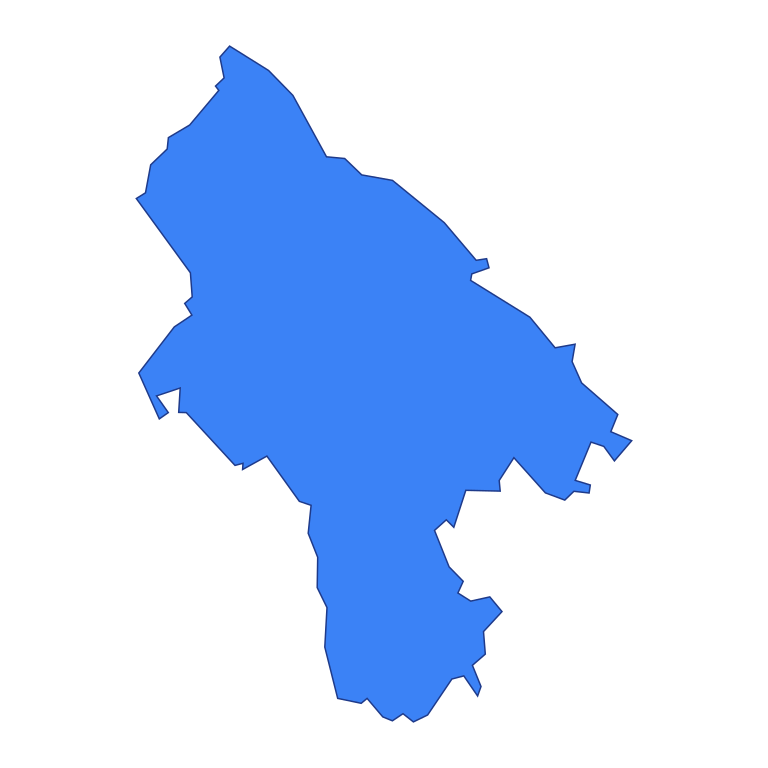 Lozovo, Lozovo, North Macedonia (Albers equal-area conic projection)
{"feature_id": "65306769B81455536397038", "entity_name": "Lozovo", "entity_type": "district", "adm_level": 2, "iso_a3": "MKD", "parent_name": "North Macedonia", "parent_adm1": "Lozovo", "projection": "albers", "projection_center": [21.925, 41.756], "detail": "fine", "context": "isolated", "style": "filled", "palette": "blue", "viewbox_px": 768, "rotation_deg": 0, "n_neighbors": 0, "source": "geoboundaries", "source_scale": "gbopen_adm2", "svg_char_len": 1229}
<svg xmlns="http://www.w3.org/2000/svg" viewBox="0 0 768 768"><path d="M242.6,469.5L266.9,456.1L299.4,501.4L311.1,505.3L308.2,533.3L317.7,557.3L317.2,587.6L327.0,607.6L324.8,647.1L337.7,698.4L361.2,703.3L367.1,698.4L382.8,716.9L392.4,720.8L403.0,713.7L413.4,721.9L427.6,715.0L451.9,679.0L463.8,675.9L477.6,696.0L481.0,686.5L472.4,665.3L485.3,654.1L483.5,631.6L502.0,611.6L489.8,596.9L470.7,601.1L457.9,593.0L463.2,581.3L449.1,566.9L434.5,530.4L446.3,519.8L453.8,527.3L465.8,490.3L500.2,491.1L499.2,480.5L513.9,457.7L545.4,492.9L564.8,500.1L573.9,491.3L589.1,493.0L590.3,485.0L575.2,480.4L591.0,442.1L603.8,446.4L614.4,460.9L631.7,440.7L610.8,431.7L617.8,414.5L581.6,382.9L572.1,361.6L575.1,344.2L555.1,347.8L529.9,317.2L470.6,280.4L471.8,273.9L489.0,267.8L486.6,258.7L476.2,260.3L444.3,222.7L392.5,180.4L361.7,174.9L344.7,158.5L326.5,156.8L292.9,95.4L268.6,70.5L229.6,46.1L219.9,57.1L224.1,77.9L215.5,86.1L218.8,90.4L189.7,125.0L168.4,137.6L167.2,149.0L150.7,164.8L145.5,192.8L136.3,198.5L190.4,272.8L192.2,296.9L184.7,303.4L191.9,315.1L174.3,326.9L138.8,373.0L159.3,418.9L168.3,412.6L156.5,395.9L180.2,388.0L178.7,412.4L186.3,412.6L235.0,465.4L243.0,463.3L242.6,469.5Z" fill="#3b82f6" stroke="#1e3a8a" stroke-width="1.5"/></svg>